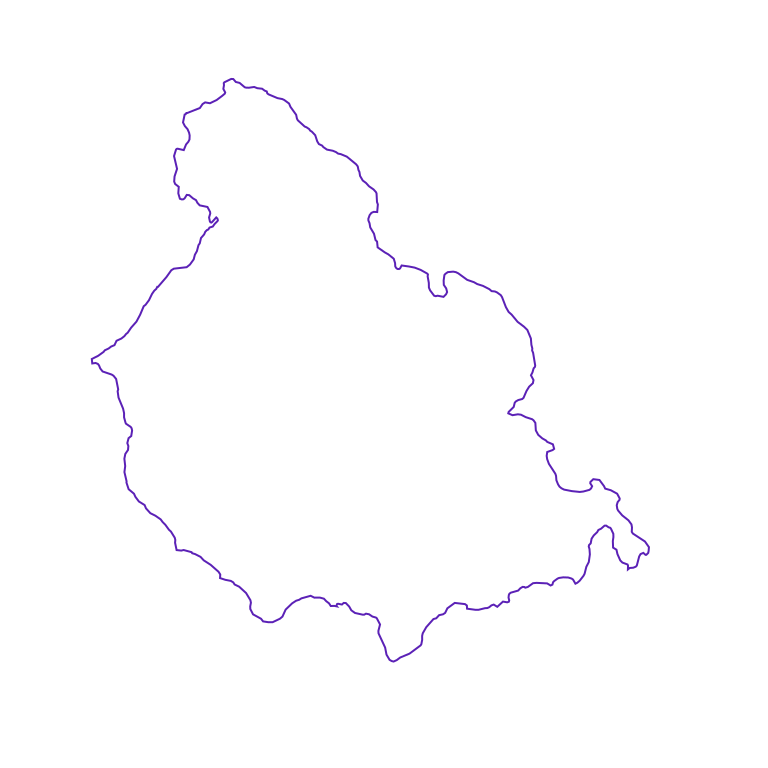 the district of Perez Zeledon, San José, Costa Rica, rotated 191°
{"feature_id": "36466004B81779324435882", "entity_name": "Perez Zeledon", "entity_type": "district", "adm_level": 2, "iso_a3": "CRI", "parent_name": "Costa Rica", "parent_adm1": "San José", "projection": "orthographic", "projection_center": [-83.71, 9.337], "detail": "fine", "context": "isolated", "style": "outline", "palette": "violet", "viewbox_px": 768, "rotation_deg": 191, "n_neighbors": 0, "source": "geoboundaries", "source_scale": "gbopen_adm2", "svg_char_len": 6158}
<svg xmlns="http://www.w3.org/2000/svg" viewBox="0 0 768 768"><g transform="rotate(191 384 384)"><path d="M356.6,484.7L358.3,487.2L359.3,491.8L361.7,498.0L361.8,500.0L362.8,500.7L369.8,503.0L376.1,504.1L382.0,504.1L389.3,503.7L390.3,500.5L391.2,499.7L392.8,499.5L394.3,500.3L395.4,501.6L396.2,504.8L398.3,508.8L404.5,512.1L408.2,513.3L416.3,516.9L418.0,522.5L419.8,523.7L422.5,529.6L427.4,535.1L428.9,539.1L430.5,541.5L430.9,543.2L430.3,547.1L429.0,549.6L427.0,551.0L423.5,551.5L424.3,559.1L425.6,561.3L427.7,569.7L428.6,570.9L431.4,573.0L436.4,575.2L440.0,577.9L443.7,579.7L447.2,583.7L448.6,587.5L449.9,589.2L451.3,592.6L453.2,594.3L463.9,600.1L470.3,601.4L473.0,601.4L475.4,602.5L478.8,603.2L484.7,603.2L488.8,605.0L490.2,606.2L493.7,607.1L495.8,609.4L499.0,615.1L502.9,617.9L504.9,618.7L506.0,619.9L509.0,621.2L511.0,621.6L518.9,626.4L520.1,627.9L521.6,631.5L528.7,638.2L530.7,641.2L536.2,643.8L538.3,644.3L543.1,644.3L552.6,646.3L554.0,647.0L554.9,648.8L557.1,649.2L560.0,650.6L564.8,650.2L568.1,650.8L573.0,649.1L575.7,648.6L577.3,648.7L583.2,652.0L587.1,652.2L590.1,654.6L592.2,654.3L598.3,649.7L598.7,648.8L598.1,646.8L598.0,643.0L595.5,639.9L595.7,638.6L597.8,636.0L602.5,630.8L608.4,626.4L613.3,626.3L615.5,624.2L617.4,619.8L629.0,612.4L629.7,612.3L630.2,611.0L631.1,610.5L631.2,602.4L628.7,599.2L625.5,596.7L623.3,593.5L622.2,590.9L621.6,586.9L622.3,584.4L624.0,581.4L625.2,575.4L631.5,575.6L632.4,575.2L632.9,574.4L633.6,567.7L628.2,555.7L629.2,547.8L628.6,542.7L627.2,540.5L623.1,538.4L622.3,531.9L619.7,526.9L617.6,526.6L616.1,527.1L615.1,528.3L613.7,532.0L611.2,532.2L607.0,529.8L603.6,528.6L601.8,526.3L599.0,524.2L591.1,524.1L587.6,519.8L587.1,518.3L587.5,514.1L585.9,510.3L585.1,509.6L584.3,509.5L583.6,510.2L580.5,515.5L579.2,514.7L578.3,513.1L578.5,512.2L580.9,508.6L582.1,505.9L585.1,504.3L586.0,502.1L587.2,501.3L588.5,499.3L589.1,496.5L591.5,492.4L591.7,486.9L592.6,484.9L593.0,478.7L594.3,474.8L594.6,470.0L597.3,464.2L600.0,461.0L612.3,457.1L614.5,455.1L618.0,447.4L624.4,436.2L625.1,436.1L625.7,433.9L627.3,431.8L628.9,428.2L630.7,421.4L633.2,416.2L634.7,414.5L636.6,405.5L638.9,398.0L643.0,391.0L645.4,385.4L646.7,383.9L648.0,381.4L650.5,378.5L654.8,375.4L656.0,370.7L659.0,368.7L661.1,366.3L664.5,363.8L665.4,362.0L670.0,357.1L675.6,352.8L674.3,348.5L671.1,349.6L668.7,349.1L667.3,347.9L665.5,345.1L662.6,342.6L653.1,341.3L651.1,340.5L647.9,337.8L643.9,328.0L644.1,326.1L642.0,320.0L635.4,310.0L633.6,305.8L632.8,301.7L630.3,296.6L629.7,295.8L624.4,293.5L623.3,292.4L622.4,290.3L622.2,284.7L624.4,282.1L624.7,277.0L623.1,274.3L622.7,270.4L624.6,266.0L624.6,261.1L622.4,254.1L622.0,248.0L618.1,239.3L618.0,238.1L614.6,232.0L608.5,228.6L606.5,225.8L602.2,221.9L595.9,219.5L593.9,216.5L588.7,212.6L583.3,211.1L577.4,208.5L574.9,206.2L571.8,204.1L567.3,199.9L565.0,198.5L560.1,193.2L559.1,191.1L558.8,188.3L555.9,181.4L551.2,181.8L549.0,182.8L540.8,182.2L540.0,181.3L537.0,181.0L531.1,179.3L527.3,176.5L519.6,173.4L510.6,168.1L508.4,165.8L507.9,162.2L502.4,161.5L496.8,161.5L494.1,160.5L492.4,158.7L487.5,157.4L479.5,152.5L473.9,146.3L472.9,143.9L472.9,140.2L472.3,137.6L468.6,132.9L459.9,130.1L457.4,127.9L452.1,128.1L447.9,128.9L441.4,133.7L439.3,136.3L437.5,143.8L432.3,151.2L428.9,154.5L426.1,156.0L424.2,157.8L415.6,162.1L411.6,161.0L406.3,162.1L402.0,161.8L399.3,159.8L396.1,158.2L393.9,155.9L390.5,156.7L387.9,156.7L388.4,157.1L388.1,159.0L387.2,159.5L383.2,159.5L381.8,161.4L379.7,161.7L375.7,158.9L372.9,155.6L368.8,153.7L360.9,153.5L359.4,153.8L357.9,155.1L354.7,155.1L351.0,153.5L347.4,153.2L346.4,152.7L342.0,147.2L342.4,140.5L341.8,138.2L332.6,125.5L329.9,118.8L325.9,114.3L323.6,113.5L321.6,113.4L318.8,115.4L315.9,118.6L307.5,124.2L298.2,134.4L297.7,135.7L297.7,140.1L298.5,144.0L298.4,146.7L296.1,153.4L290.6,162.7L288.0,164.0L285.8,167.6L282.1,169.2L280.3,171.0L279.0,175.9L272.8,182.6L262.5,183.4L260.4,182.4L259.6,179.3L251.1,179.8L248.1,180.4L242.1,183.2L239.8,183.8L238.1,185.0L236.3,187.2L234.2,188.4L230.3,186.9L225.7,193.1L221.4,193.2L219.9,194.1L219.8,195.5L221.0,198.1L221.2,200.6L220.9,202.0L219.8,203.3L212.9,206.8L211.2,209.5L209.2,211.3L207.4,211.5L206.5,211.0L204.1,212.2L199.7,216.9L196.3,217.9L185.8,219.4L182.0,218.0L180.4,219.2L180.2,221.7L179.3,223.1L176.5,226.1L175.2,227.0L171.2,228.4L166.2,229.2L162.7,228.8L161.1,228.1L158.0,224.5L156.3,225.8L154.4,228.2L151.6,233.7L150.9,235.9L150.5,243.2L149.0,248.3L149.4,256.0L150.8,261.2L152.0,263.5L152.0,265.0L150.7,267.0L150.7,271.8L149.2,275.4L146.5,279.2L145.7,281.6L143.3,283.4L140.5,287.0L138.9,287.4L136.2,286.2L134.4,286.0L133.4,285.0L130.3,280.7L129.6,277.5L129.4,273.5L127.9,267.1L124.2,265.7L122.4,261.6L118.4,255.9L115.9,254.2L110.5,253.3L109.8,252.3L109.2,248.5L107.7,250.3L104.3,251.2L102.0,252.7L101.2,254.0L100.6,263.4L99.7,266.0L97.2,267.7L94.7,266.2L93.9,266.4L92.4,268.6L92.4,270.8L92.8,274.4L97.8,279.2L111.2,284.7L112.6,286.2L113.2,290.5L114.3,293.4L118.0,296.8L125.1,300.5L130.1,304.5L131.2,306.0L132.4,309.4L132.1,312.7L130.7,315.2L130.8,316.6L134.2,320.8L141.1,323.0L146.9,323.5L148.6,325.8L154.2,330.9L160.4,330.5L162.7,327.2L162.6,325.9L160.2,323.4L160.8,321.0L162.1,319.3L167.8,316.5L171.2,315.4L179.1,314.7L187.1,314.7L189.9,315.5L192.1,316.7L194.0,318.7L196.4,322.4L197.6,326.7L198.7,328.6L206.9,337.1L209.5,341.4L210.6,344.5L210.8,348.4L205.9,351.3L204.6,352.8L206.7,357.0L212.7,358.3L214.3,359.5L218.2,360.8L222.9,363.5L226.1,367.4L228.0,374.7L230.3,376.9L231.9,377.7L238.5,378.5L243.7,380.0L246.8,379.8L251.9,377.9L256.4,378.9L256.3,380.4L252.3,386.2L252.1,390.5L251.3,392.0L249.1,393.9L245.5,395.6L244.4,397.0L242.8,404.3L241.0,409.1L238.0,413.2L238.0,416.4L241.4,420.6L240.5,423.6L240.1,427.9L239.1,429.6L239.1,431.0L243.6,443.1L245.0,445.2L245.2,447.2L246.8,450.6L248.5,456.7L253.6,464.4L257.4,466.9L264.7,470.5L272.0,476.5L275.4,478.5L279.0,482.7L284.7,491.8L286.3,493.5L290.6,495.5L292.8,496.0L296.1,495.7L298.7,497.2L305.6,499.2L311.6,499.9L315.1,501.1L322.2,502.1L332.2,506.8L334.7,507.5L337.5,507.5L342.7,506.0L344.8,503.8L345.5,502.5L345.2,497.0L344.2,492.7L341.2,489.7L339.6,486.3L340.2,483.9L342.2,480.9L348.2,480.9L349.9,480.1L351.6,480.2L356.6,484.7Z" fill="none" stroke="#5b21b6" stroke-width="2"/></g></svg>